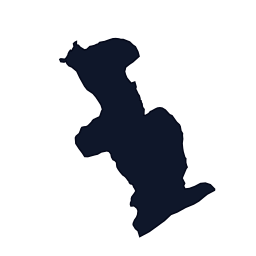 outline of Ofu, Kogi, Nigeria, rotated 235°
{"feature_id": "59680162B1935816053049", "entity_name": "Ofu", "entity_type": "district", "adm_level": 2, "iso_a3": "NGA", "parent_name": "Nigeria", "parent_adm1": "Kogi", "projection": "natural_earth1", "projection_center": [7.061, 7.325], "detail": "fine", "context": "isolated", "style": "filled", "palette": "ink", "viewbox_px": 256, "rotation_deg": 235, "n_neighbors": 0, "source": "geoboundaries", "source_scale": "gbopen_adm2", "svg_char_len": 2727}
<svg xmlns="http://www.w3.org/2000/svg" viewBox="0 0 256 256"><g transform="rotate(235 128 128)"><path d="M32.3,75.4L31.0,86.1L31.3,102.7L31.3,104.6L32.6,113.5L31.0,120.1L30.0,129.6L28.1,138.1L27.6,144.2L28.1,150.2L28.4,155.1L27.4,163.1L28.3,163.9L34.3,162.9L38.5,159.8L40.9,155.6L41.7,149.3L43.2,143.6L45.3,139.7L47.6,140.1L48.7,140.2L50.2,142.7L55.9,143.5L61.4,152.2L62.0,154.0L63.5,154.3L66.5,155.4L68.4,156.7L69.8,157.8L71.3,157.6L76.9,159.5L80.2,161.1L84.4,163.5L87.7,166.5L90.7,168.2L92.3,169.5L95.3,169.7L96.1,170.1L98.7,171.3L98.9,171.4L99.3,171.6L101.2,171.9L105.0,171.1L107.9,171.1L110.9,171.1L112.8,171.1L115.1,169.7L118.2,169.3L121.3,168.9L124.7,167.4L126.3,165.7L127.4,163.6L127.8,161.4L128.2,157.5L128.6,155.7L127.9,153.4L128.2,149.6L128.9,148.8L129.3,148.3L130.3,148.9L134.1,151.9L136.1,151.8L137.5,152.1L139.8,153.4L140.6,153.4L141.7,153.7L142.9,154.3L143.9,153.8L145.4,154.8L147.5,155.5L148.0,155.7L150.2,155.7L151.3,155.9L153.4,156.3L154.6,156.4L155.8,156.7L157.0,158.2L161.8,159.9L162.8,156.3L166.4,155.9L169.7,155.7L173.3,156.5L175.7,157.4L176.6,157.8L177.3,158.9L178.7,160.3L179.2,161.1L179.5,165.6L179.4,170.0L180.4,178.2L184.7,179.8L190.3,180.6L193.3,179.5L197.5,178.7L203.2,174.9L204.6,172.9L206.1,171.7L208.2,169.3L209.7,166.9L210.8,163.5L212.0,159.2L212.0,158.9L213.2,156.3L214.3,153.9L213.9,151.7L214.4,150.3L214.5,149.8L214.8,147.8L215.8,145.2L216.6,143.5L216.0,139.4L216.9,137.1L221.5,135.1L224.2,134.8L225.8,133.4L228.4,135.3L228.6,134.1L228.6,133.2L228.3,131.7L225.6,130.6L224.4,128.0L223.9,127.2L223.6,125.9L224.7,125.4L224.0,123.3L222.8,121.3L221.9,120.5L221.7,119.6L221.0,118.3L220.5,116.3L220.8,115.3L222.2,113.8L223.2,112.6L223.3,112.1L223.3,111.5L220.9,111.0L218.7,113.4L218.2,115.5L215.7,115.0L212.9,115.3L210.2,117.0L204.0,118.7L196.9,117.5L192.0,117.0L187.2,116.5L182.8,116.7L176.4,119.2L175.1,119.3L171.7,119.6L166.8,119.5L164.7,119.4L162.5,119.3L157.8,117.8L156.8,115.9L155.8,114.6L154.8,113.3L153.4,111.2L154.6,104.6L154.2,102.8L153.6,101.6L153.3,99.8L153.0,98.4L152.7,96.0L153.1,94.3L154.1,92.6L154.9,90.6L154.3,89.2L153.0,87.5L151.4,84.9L151.0,80.8L150.1,79.3L145.2,76.4L139.1,76.2L133.5,76.4L129.5,76.2L127.6,78.7L125.4,84.9L124.1,88.1L123.7,92.4L121.5,97.5L119.8,99.0L119.3,99.1L116.5,99.2L113.6,97.9L110.7,97.6L108.7,98.7L106.2,98.9L104.9,98.0L102.4,96.7L99.4,96.4L96.1,96.5L93.8,96.7L92.3,96.9L91.0,97.5L89.5,97.9L87.7,98.1L85.4,98.1L83.8,98.3L82.5,97.8L81.5,97.9L80.9,98.0L80.3,98.8L78.6,99.5L76.8,99.0L76.5,98.9L74.8,98.9L71.8,98.4L70.7,95.8L69.3,91.6L68.1,90.2L66.4,89.1L65.2,87.2L63.8,86.1L62.4,85.7L60.8,88.4L57.1,89.4L54.4,88.8L51.4,86.1L49.9,83.8L48.8,80.7L46.9,77.7L45.7,76.7L41.3,76.4L38.0,77.3L32.3,75.4Z" fill="#0f172a" stroke="#020617" stroke-width="1.5"/></g></svg>